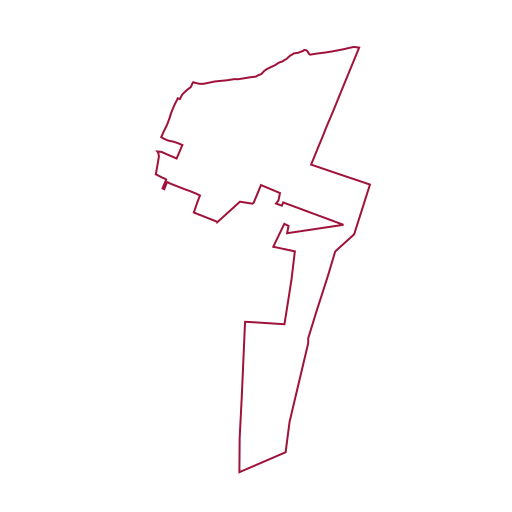 San Sebastián Abasolo, Oaxaca, Mexico, rotated 275°
{"feature_id": "50627088B24853536589407", "entity_name": "San Sebastián Abasolo", "entity_type": "district", "adm_level": 2, "iso_a3": "MEX", "parent_name": "Mexico", "parent_adm1": "Oaxaca", "projection": "mercator", "projection_center": [-96.592, 16.987], "detail": "fine", "context": "isolated", "style": "outline", "palette": "rose", "viewbox_px": 512, "rotation_deg": 275, "n_neighbors": 0, "source": "geoboundaries", "source_scale": "gbopen_adm2", "svg_char_len": 2994}
<svg xmlns="http://www.w3.org/2000/svg" viewBox="0 0 512 512"><g transform="rotate(275 256 256)"><path d="M189.5,250.9L183.3,251.1L114.3,254.1L73.0,255.6L39.2,258.3L63.1,302.6L93.8,303.9L173.6,315.6L178.7,315.2L206.2,321.1L234.2,327.5L235.7,327.8L238.9,328.6L246.9,330.3L267.4,334.5L286.2,351.9L337.1,363.3L339.4,354.0L343.9,335.3L346.4,325.0L348.7,315.7L351.0,306.4L351.8,303.0L352.4,303.1L353.0,303.3L353.7,303.5L354.5,303.8L355.3,304.0L356.2,304.3L356.8,304.5L357.6,304.7L358.3,305.0L359.3,305.3L360.1,305.5L361.0,305.8L361.5,305.9L362.2,306.1L362.7,306.3L363.6,306.6L364.1,306.7L364.3,306.8L364.7,306.9L365.2,307.1L366.2,307.4L366.9,307.6L367.6,307.8L368.2,308.0L368.9,308.2L369.5,308.4L370.2,308.6L371.4,309.0L372.0,309.2L372.8,309.4L373.6,309.7L374.5,310.0L375.3,310.2L375.4,310.3L376.2,310.5L377.1,310.8L378.1,311.1L379.2,311.5L380.1,311.7L380.9,312.0L381.6,312.2L382.4,312.4L382.9,312.6L383.0,312.6L383.6,312.8L384.5,313.1L385.3,313.3L386.0,313.5L387.3,313.9L388.3,314.2L389.1,314.4L389.6,314.6L390.1,314.7L399.2,317.7L407.6,320.4L416.6,323.2L424.5,325.6L431.9,327.9L450.5,333.7L472.6,340.6L472.8,335.2L471.4,330.7L469.7,325.5L466.3,313.6L464.7,307.1L462.7,297.8L461.3,292.4L461.8,291.3L464.6,289.3L465.4,287.8L465.5,286.1L464.2,284.8L463.5,282.9L462.1,280.3L461.8,278.9L461.1,276.1L460.3,275.1L458.6,272.6L456.5,270.6L454.8,269.1L453.8,267.4L452.1,265.4L451.3,263.3L450.1,261.2L447.8,258.4L445.4,254.2L442.9,250.2L441.0,248.0L437.8,245.6L436.0,242.0L434.7,240.2L433.3,233.7L430.6,223.1L430.3,218.9L428.6,212.2L426.3,199.9L424.8,194.9L423.0,188.9L422.6,185.1L423.2,180.0L423.7,178.4L422.9,177.8L420.5,177.0L418.5,176.3L417.8,175.4L415.2,172.6L413.0,170.6L411.0,168.9L410.3,168.4L408.5,167.6L405.7,166.5L406.3,164.3L404.3,163.6L401.7,162.5L400.1,161.9L398.5,161.3L396.4,160.6L393.7,159.8L391.1,159.0L389.9,158.7L389.1,158.5L388.9,158.6L387.9,158.3L385.7,157.8L384.1,157.4L382.7,157.0L381.2,156.6L380.1,156.3L379.5,156.1L378.3,155.7L377.5,155.4L377.0,155.2L376.7,155.1L376.2,154.9L374.5,154.2L372.3,153.3L370.8,152.8L369.8,152.5L367.5,151.7L366.6,151.4L366.2,151.2L365.4,152.7L365.0,153.6L364.4,155.2L364.0,156.5L363.6,157.4L363.4,158.5L363.1,160.0L362.8,163.3L362.0,166.8L361.1,170.0L360.1,173.0L358.9,172.6L356.0,171.6L353.7,170.9L348.6,169.2L346.2,168.4L346.3,168.1L347.5,164.6L349.5,158.5L351.3,153.3L351.5,151.9L351.5,148.7L351.1,149.1L349.2,150.0L346.8,150.6L341.4,150.2L333.3,149.5L329.6,149.2L328.7,149.0L325.7,156.3L325.0,158.8L324.3,159.9L315.2,157.0L314.8,158.3L314.6,158.8L315.0,158.9L321.5,160.8L321.9,161.5L321.0,163.3L318.6,171.3L318.3,172.4L318.2,172.6L316.3,179.2L315.0,184.2L314.8,184.9L313.0,190.7L311.4,194.9L304.5,192.9L293.9,190.3L293.7,190.8L286.7,214.4L286.3,214.5L308.7,235.3L307.8,247.7L308.7,249.0L327.1,254.8L320.8,274.4L313.2,273.5L310.0,271.4L308.4,277.4L311.7,278.4L294.7,340.4L288.8,315.8L281.4,285.0L288.8,285.8L290.5,281.4L266.7,272.4L264.0,294.3L235.2,293.4L190.5,290.3L189.8,259.5L189.5,250.9Z" fill="none" stroke="#9f1239" stroke-width="2"/></g></svg>